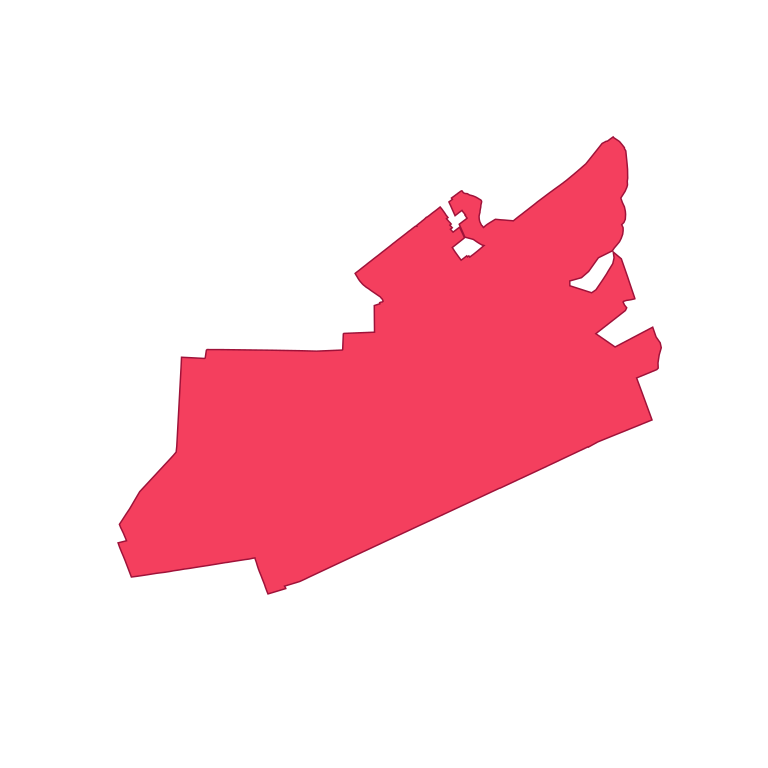 outline of Scarisoara, Olt, Romania, rotated 342°
{"feature_id": "2599482B52878080554645", "entity_name": "Scarisoara", "entity_type": "district", "adm_level": 2, "iso_a3": "ROU", "parent_name": "Romania", "parent_adm1": "Olt", "projection": "equal_earth", "projection_center": [24.562, 43.983], "detail": "fine", "context": "isolated", "style": "filled", "palette": "rose", "viewbox_px": 768, "rotation_deg": 342, "n_neighbors": 0, "source": "geoboundaries", "source_scale": "gbopen_adm2", "svg_char_len": 5563}
<svg xmlns="http://www.w3.org/2000/svg" viewBox="0 0 768 768"><g transform="rotate(342 384 384)"><path d="M627.8,501.0L627.6,495.1L626.8,473.6L626.1,456.3L647.9,454.6L649.7,453.6L651.1,448.6L654.7,441.4L658.9,435.2L659.4,430.2L657.3,423.3L657.1,413.0L615.2,420.2L601.0,401.6L631.4,390.5L636.3,388.7L638.4,386.5L637.2,383.5L636.7,379.9L637.7,379.4L640.3,379.4L643.8,380.0L644.7,380.1L645.4,380.2L648.9,380.5L649.0,380.3L649.0,378.5L648.8,362.2L648.8,358.2L648.4,338.3L642.8,329.3L641.8,335.1L638.8,340.2L632.0,346.0L629.7,348.1L624.0,352.7L614.7,359.9L609.7,361.4L591.1,348.0L592.5,343.4L604.7,343.9L613.4,340.2L626.9,330.2L642.4,327.9L645.0,325.8L648.3,323.8L651.9,321.5L654.6,318.8L657.3,315.3L658.8,312.1L659.7,309.2L659.3,305.9L662.1,304.5L664.4,301.9L666.2,297.3L666.9,294.4L667.4,289.8L666.8,285.0L666.7,280.3L672.8,275.3L675.8,271.9L677.1,269.9L678.0,266.4L679.4,263.5L680.2,260.8L682.0,255.0L683.3,249.4L686.0,237.0L685.4,234.5L685.7,233.5L684.5,230.2L682.9,226.2L681.7,224.6L679.3,221.6L678.7,220.8L678.3,219.8L674.6,221.0L671.4,222.1L670.3,221.8L668.2,222.2L665.8,222.6L659.2,227.0L644.0,237.0L632.2,242.0L620.2,246.8L612.9,249.3L612.3,249.5L610.7,250.0L606.6,251.3L603.6,252.3L601.1,253.1L598.7,253.9L594.1,255.5L589.7,257.0L585.9,258.3L584.7,258.8L581.8,259.9L577.6,261.4L573.8,262.8L571.5,263.6L567.7,265.0L564.2,266.2L561.0,267.4L557.4,268.8L555.9,268.1L552.5,266.7L549.0,265.2L546.2,264.1L543.9,263.1L542.3,262.4L540.9,261.8L540.2,261.9L537.4,262.6L534.8,263.2L531.7,264.0L529.4,264.8L527.3,265.8L526.9,265.9L526.7,265.3L526.6,264.6L526.3,263.9L525.9,263.4L525.7,262.7L525.6,261.8L525.5,260.9L525.3,259.8L525.3,258.8L525.4,257.7L525.5,256.9L525.6,256.3L525.8,255.5L526.1,254.4L526.4,253.5L526.9,252.7L527.5,251.6L528.1,250.8L528.3,250.4L528.6,249.6L529.0,248.7L529.6,247.6L530.4,246.2L530.8,245.4L531.2,244.3L531.7,243.3L532.1,242.7L532.6,241.9L532.9,241.4L533.2,240.8L533.3,240.2L533.2,239.7L533.1,239.3L533.0,239.0L532.7,238.6L532.0,237.9L531.6,237.4L531.1,236.8L530.6,236.2L530.2,235.8L529.5,235.0L528.9,234.4L528.2,233.8L527.6,233.3L526.9,232.7L526.5,232.4L525.8,232.0L525.0,231.4L524.4,231.1L524.0,230.8L523.7,230.6L523.5,230.4L522.8,229.5L522.5,229.2L522.1,228.8L521.7,228.5L521.2,228.4L520.1,227.9L519.6,227.6L518.9,226.9L518.5,226.4L518.3,225.8L518.1,224.9L517.9,224.5L517.6,224.3L517.2,224.3L516.0,224.5L515.1,224.9L514.2,225.1L513.3,225.4L512.4,225.8L511.5,226.0L511.0,226.2L509.9,226.6L509.0,226.9L507.8,227.3L506.7,227.6L505.6,228.0L506.1,229.5L502.0,230.9L502.1,232.0L502.5,235.3L502.8,238.4L503.0,240.3L503.6,245.9L504.9,245.4L506.6,244.8L508.4,244.1L510.3,243.5L511.8,243.0L512.3,244.7L512.8,245.9L513.7,248.3L513.2,248.4L513.5,249.5L513.9,250.9L514.3,251.9L512.4,252.7L510.3,253.4L504.9,255.3L506.3,269.3L513.5,274.0L514.1,274.7L516.2,277.5L518.2,279.9L520.2,282.1L521.9,283.2L514.4,286.3L508.3,288.6L507.8,288.7L504.8,289.8L504.3,288.4L502.7,288.9L502.3,287.7L495.6,290.1L493.6,284.0L492.3,279.9L491.1,275.3L503.8,270.6L505.7,269.8L505.4,266.5L504.3,258.2L496.6,260.9L495.0,257.3L497.2,256.5L495.7,253.2L497.3,252.6L496.5,250.7L496.0,249.7L494.5,246.1L496.3,245.5L495.5,243.3L495.2,242.6L494.8,240.9L494.3,239.2L493.6,237.1L493.4,236.3L492.6,234.2L492.1,233.0L488.7,234.3L486.5,235.1L484.1,235.9L481.8,236.7L480.3,237.3L476.9,238.5L475.8,238.5L473.6,239.6L472.2,240.2L470.7,240.7L469.1,241.4L466.8,242.2L464.6,243.1L463.6,243.5L463.8,244.1L463.2,243.9L462.8,243.8L462.5,243.7L461.9,243.9L460.2,244.5L458.5,245.1L456.8,245.8L454.8,246.4L453.2,247.0L452.0,247.5L450.0,248.2L447.8,249.0L445.3,249.9L442.7,250.8L440.5,251.6L438.4,252.4L435.8,253.3L433.0,254.4L430.6,255.3L428.1,256.2L425.4,257.2L423.1,258.0L420.2,259.1L417.8,260.0L416.0,260.6L413.2,261.6L410.0,262.8L406.6,264.0L402.4,265.6L398.5,267.0L395.4,268.2L392.5,269.2L390.7,269.9L391.0,271.4L391.6,273.8L391.9,275.3L392.2,276.5L392.6,277.9L393.1,279.3L393.9,281.0L394.0,281.4L395.0,283.4L395.4,284.0L395.9,284.7L396.4,285.6L397.1,286.6L398.6,288.4L400.6,291.2L401.9,292.9L405.9,298.1L407.4,300.0L407.8,301.2L408.3,302.1L408.6,303.1L408.8,304.6L408.6,305.2L408.1,305.3L407.6,305.4L405.9,305.2L405.1,305.3L404.9,305.4L404.9,306.4L404.2,306.4L401.4,306.4L399.0,306.4L394.6,320.3L391.0,331.8L361.5,323.5L360.8,323.8L355.3,338.6L354.7,338.8L330.0,331.9L315.6,326.8L288.3,317.4L241.9,301.7L237.7,300.3L226.4,296.6L225.5,297.0L222.1,303.8L221.6,304.2L221.1,304.2L208.1,299.2L199.7,296.0L196.2,305.3L167.7,379.1L165.3,384.5L161.4,386.9L156.8,389.5L118.4,410.9L111.5,417.0L106.8,421.2L103.4,424.2L98.8,427.8L94.5,431.3L90.4,434.6L89.0,435.7L89.2,439.4L89.4,440.5L90.1,445.9L90.3,448.7L90.4,449.7L90.7,453.5L82.0,452.9L82.1,457.3L82.5,463.2L82.9,467.4L83.3,473.1L83.3,473.7L83.6,479.4L84.1,489.5L89.9,490.6L94.0,491.3L100.0,492.3L105.8,493.2L109.5,493.8L111.1,494.1L116.7,495.2L122.2,496.1L126.2,496.6L132.0,497.6L137.0,498.3L139.0,498.7L142.3,499.3L148.2,500.2L158.7,501.9L160.3,502.2L161.1,502.3L170.3,503.7L178.3,504.9L179.6,505.2L184.9,506.0L196.0,507.8L196.6,507.9L197.4,508.0L198.9,508.3L201.7,508.8L205.5,509.2L206.8,509.4L207.2,509.5L207.5,509.5L207.4,510.9L207.5,513.8L207.4,517.4L207.4,521.4L207.5,522.8L207.5,523.6L207.9,528.8L208.0,531.2L208.2,534.5L208.4,537.9L208.4,540.2L208.4,541.3L208.5,541.9L208.5,543.2L208.6,545.1L208.8,547.8L212.7,547.9L222.8,548.1L227.4,548.2L227.4,547.6L226.9,545.5L242.8,545.8L249.6,545.0L252.2,544.6L300.0,538.6L372.4,529.7L394.2,527.1L461.5,518.8L462.3,518.9L481.4,516.5L505.2,513.6L534.9,509.8L558.6,506.8L558.8,507.2L569.1,505.2L575.5,504.7L584.0,504.1L626.3,501.1L627.8,501.0Z" fill="#f43f5e" stroke="#9f1239" stroke-width="1.5"/></g></svg>